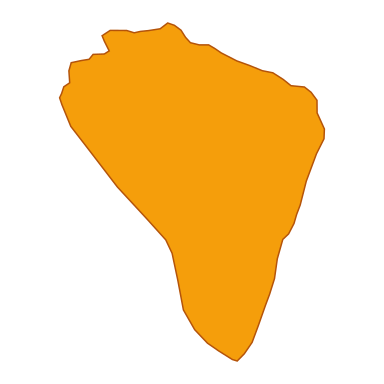 the district of Ovanåker, Gävleborg, Sweden
{"feature_id": "70781695B81949975609357", "entity_name": "Ovanåker", "entity_type": "district", "adm_level": 2, "iso_a3": "SWE", "parent_name": "Sweden", "parent_adm1": "Gävleborg", "projection": "orthographic", "projection_center": [15.777, 61.335], "detail": "fine", "context": "isolated", "style": "filled", "palette": "amber", "viewbox_px": 384, "rotation_deg": 0, "n_neighbors": 0, "source": "geoboundaries", "source_scale": "gbopen_adm2", "svg_char_len": 935}
<svg xmlns="http://www.w3.org/2000/svg" viewBox="0 0 384 384"><path d="M237.2,361.0L244.3,353.8L252.1,342.4L258.4,325.4L265.4,305.5L269.6,294.2L274.5,278.6L277.3,258.8L282.8,239.4L288.6,233.9L294.0,223.5L296.6,214.5L300.2,205.0L306.3,181.1L316.5,153.7L324.0,138.8L324.4,129.0L317.1,112.9L317.0,100.3L311.1,92.3L304.4,87.0L291.0,85.7L283.3,79.5L273.0,72.9L272.9,72.8L262.3,70.7L249.3,65.4L236.8,60.9L221.2,52.9L215.4,48.9L208.7,44.9L199.3,44.9L190.4,42.7L185.5,37.3L181.0,30.2L174.4,25.3L167.7,23.0L160.1,28.8L148.5,30.6L140.5,31.4L134.2,32.8L126.7,30.5L110.2,30.4L102.1,35.7L104.3,41.1L109.2,50.9L104.3,54.0L93.1,54.4L89.1,59.3L81.0,60.6L71.2,62.7L68.9,70.8L69.7,82.8L63.8,86.8L61.6,93.5L59.6,97.8L61.9,104.6L70.8,126.4L88.2,148.9L117.4,187.0L146.8,218.8L165.8,239.9L172.1,253.3L177.8,280.2L183.4,309.9L194.7,329.7L201.8,337.2L207.5,343.2L218.8,351.0L232.3,359.5L237.2,361.0Z" fill="#f59e0b" stroke="#b45309" stroke-width="1.5"/></svg>